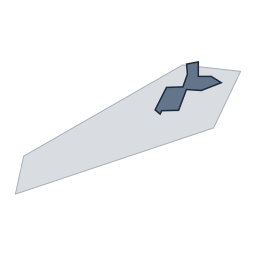 where Stoney Ground sits in Anguilla
{"feature_id": "AIA-5123", "entity_name": "Stoney Ground", "entity_type": "District", "adm_level": 1, "iso_a3": "AIA", "parent_name": "Anguilla", "parent_adm1": "", "projection": "albers", "projection_center": [-63.024, 18.252], "detail": "fine", "context": "in_parent", "style": "filled", "palette": "slate", "viewbox_px": 256, "rotation_deg": 0, "n_neighbors": 0, "source": "natural_earth", "source_scale": "10m", "svg_char_len": 431}
<svg xmlns="http://www.w3.org/2000/svg" viewBox="0 0 256 256"><path d="M213.6,127.9L15.4,194.1L23.7,156.1L182.7,64.9L240.6,71.4L213.6,127.9Z" fill="#d9dde1" stroke="#a8b0b8" stroke-width="1"/><path d="M186.6,64.1L198.3,61.9L198.3,76.4L211.2,76.4L221.2,82.7L201.3,90.5L186.4,89.5L178.6,110.3L161.8,110.7L160.1,114.1L155.1,109.9L166.5,87.4L182.9,86.9L187.4,74.3L186.6,64.1Z" fill="#64748b" stroke="#1e293b" stroke-width="1.5"/></svg>